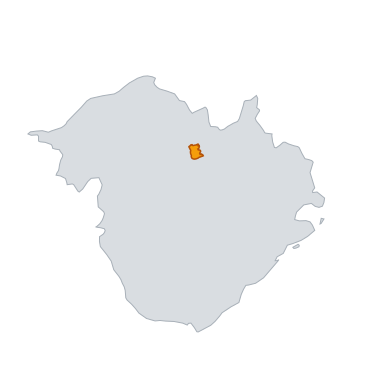 Krouch Chhmar, Kâmpóng Cham, Cambodia (highlighted), rotated 244°
{"feature_id": "14789045B551080395236", "entity_name": "Krouch Chhmar", "entity_type": "district", "adm_level": 2, "iso_a3": "KHM", "parent_name": "Cambodia", "parent_adm1": "Kâmpóng Cham", "projection": "natural_earth1", "projection_center": [105.671, 12.195], "detail": "fine", "context": "in_parent", "style": "filled", "palette": "amber", "viewbox_px": 384, "rotation_deg": 244, "n_neighbors": 0, "source": "geoboundaries", "source_scale": "gbopen_adm2", "svg_char_len": 5222}
<svg xmlns="http://www.w3.org/2000/svg" viewBox="0 0 384 384"><g transform="rotate(244 192 192)"><path d="M316.1,70.0L316.9,73.1L314.9,79.0L312.7,84.4L308.7,89.1L308.5,92.6L307.1,102.9L307.6,106.2L308.6,109.0L309.9,110.5L313.5,120.6L316.7,129.7L319.9,137.3L320.5,142.0L317.6,154.1L314.2,165.2L314.5,170.7L316.0,176.3L317.5,183.6L318.1,193.1L317.3,199.2L315.8,203.0L312.8,207.0L310.3,209.0L307.2,205.6L304.7,205.5L301.5,206.5L298.9,208.0L293.6,213.8L287.8,219.4L279.7,220.8L276.5,224.9L273.2,225.5L266.8,225.7L262.6,226.7L262.8,228.8L262.5,238.6L262.6,240.9L261.9,241.5L259.0,241.8L254.1,240.3L247.5,237.9L242.7,237.5L240.3,241.8L238.9,243.5L237.1,243.7L235.2,244.5L234.6,246.4L234.4,248.8L235.3,252.9L235.7,259.4L235.4,263.9L237.2,266.7L247.3,276.1L250.3,278.5L250.7,279.9L248.9,285.0L250.5,292.2L247.3,292.1L242.0,289.0L239.5,287.1L236.4,288.6L235.3,288.3L233.2,284.8L230.5,281.1L227.7,280.9L221.8,282.3L215.8,283.3L213.5,283.3L212.6,284.0L209.1,289.4L207.6,288.4L201.5,286.4L195.9,285.6L194.8,287.0L195.5,291.4L196.7,295.7L196.0,297.5L192.9,299.8L188.9,303.9L186.4,307.0L184.7,307.8L178.6,307.7L172.4,308.1L170.0,311.1L167.7,313.4L165.7,314.0L157.7,306.6L141.9,304.1L140.1,300.8L138.6,300.2L137.2,304.4L128.4,308.5L124.8,306.0L122.1,303.0L122.5,299.4L125.1,296.4L129.4,294.3L131.4,286.8L128.1,277.2L125.2,274.5L122.2,272.2L119.0,275.8L116.3,281.9L113.4,285.0L109.5,285.7L103.7,285.5L101.4,276.4L100.7,268.6L101.5,259.7L102.4,254.4L96.8,247.1L96.5,240.2L93.8,236.6L93.0,238.4L93.1,240.4L92.3,239.0L83.5,218.7L82.1,209.2L83.6,202.0L84.5,199.5L82.0,195.7L78.4,191.4L72.1,185.7L71.7,176.7L70.3,166.1L68.4,162.5L65.6,156.0L64.0,150.5L63.5,136.2L64.3,135.1L68.8,134.7L74.6,133.6L75.5,131.3L74.5,129.4L78.2,126.2L83.5,119.1L87.6,111.6L90.5,107.0L92.3,102.3L98.2,95.7L106.4,91.2L112.0,90.1L117.7,88.5L123.3,86.3L125.9,86.1L132.8,88.8L136.5,89.5L140.4,89.4L144.4,89.7L147.9,89.4L156.4,87.6L165.3,89.1L173.3,87.9L183.1,85.7L188.0,87.1L192.4,89.3L193.0,93.6L194.0,95.6L195.5,97.1L197.4,97.1L200.0,94.1L202.1,91.0L202.7,90.4L202.9,91.9L203.9,95.3L205.8,98.7L207.7,100.9L210.8,103.8L212.9,104.0L219.7,101.2L229.8,105.2L230.9,107.3L234.2,111.4L237.8,114.4L245.7,114.6L248.5,107.3L247.1,102.9L242.6,95.1L241.4,90.6L242.8,89.8L250.4,88.9L251.7,88.0L253.3,83.0L255.4,83.6L259.6,84.2L264.1,80.8L266.7,77.2L268.2,78.8L269.8,81.4L271.5,82.8L274.7,85.0L278.2,88.0L280.4,91.0L282.2,92.2L286.7,91.3L288.0,91.5L290.6,87.8L292.4,85.9L294.0,86.4L296.3,86.4L301.0,81.8L303.7,77.5L305.1,76.4L309.4,78.5L311.1,78.1L313.5,72.3L316.1,70.0ZM98.5,264.4L97.6,264.9L96.8,264.9L95.9,264.1L96.0,260.8L96.6,258.8L98.1,258.4L98.5,264.4ZM111.7,296.6L109.9,298.8L107.1,294.2L107.1,293.0L111.7,296.6Z" fill="#d9dde1" stroke="#a8b0b8" stroke-width="1"/><path d="M219.6,218.0L219.8,218.0L220.0,218.0L220.3,218.0L220.4,217.9L220.5,217.9L220.8,217.9L220.9,217.7L221.0,217.6L221.3,217.5L221.5,217.5L221.6,217.4L221.6,217.1L221.7,216.8L221.7,216.7L221.8,216.6L222.0,216.7L222.2,216.8L222.3,216.8L222.3,216.7L222.4,216.4L222.5,216.2L222.8,215.9L222.9,216.0L223.0,216.0L222.9,215.9L223.0,215.9L223.3,215.8L223.5,215.9L223.5,216.0L223.8,216.3L224.0,216.5L224.2,216.8L224.2,217.0L224.5,217.4L224.8,217.6L225.1,217.7L225.3,217.7L225.5,217.7L225.8,217.7L226.0,217.5L226.3,217.3L226.5,217.0L226.8,216.7L227.1,216.1L227.7,216.1L228.1,216.1L228.1,217.1L228.4,217.4L228.6,217.6L228.9,217.8L229.1,218.0L229.3,218.4L229.5,218.5L229.9,218.6L230.1,218.6L230.3,218.7L230.3,218.4L230.5,218.2L230.6,217.9L230.7,217.7L230.8,217.7L230.9,217.8L231.0,217.9L231.1,218.0L231.4,218.4L231.5,218.5L231.8,218.6L232.1,218.6L232.3,218.5L232.3,218.4L232.4,218.2L232.4,217.9L232.5,217.9L232.5,217.7L232.4,217.6L232.4,217.4L232.5,217.3L232.5,217.2L232.4,217.1L232.5,216.9L232.4,216.8L232.4,216.7L232.4,216.4L232.4,216.2L232.5,216.0L232.6,215.9L232.7,215.7L232.8,215.2L232.9,214.8L233.0,214.7L233.1,214.3L233.1,214.0L233.3,213.2L233.5,213.1L233.8,212.9L234.0,212.9L234.3,212.9L234.3,212.7L234.4,212.4L234.5,212.3L234.6,212.2L234.8,212.1L234.8,211.9L234.7,211.9L234.8,211.8L234.8,211.7L234.7,211.7L234.6,211.4L234.5,211.2L234.5,210.9L234.5,210.7L234.4,210.6L234.4,210.4L234.2,210.2L234.2,209.9L234.2,209.7L234.2,209.4L234.2,209.2L233.9,209.1L233.7,209.0L233.4,209.0L233.2,209.0L232.9,209.0L232.7,209.0L232.4,209.1L232.2,209.1L231.9,209.1L231.6,209.0L231.4,209.0L231.1,209.1L230.9,209.1L230.6,209.1L230.4,209.1L230.2,209.1L229.8,209.0L229.7,208.9L229.3,208.7L229.0,208.4L228.9,208.2L228.1,207.9L227.8,207.8L227.1,207.6L226.9,207.5L225.4,207.5L225.0,207.4L224.8,207.2L224.7,207.1L224.0,206.8L223.5,206.7L222.4,206.8L222.2,206.8L222.0,207.0L221.9,207.1L221.7,207.2L221.6,207.3L221.3,207.5L221.1,207.7L221.0,207.9L220.9,208.0L220.6,208.4L220.6,208.5L220.4,208.8L220.4,209.0L220.2,209.3L220.2,209.6L220.1,209.8L220.1,210.0L220.0,210.3L220.0,210.5L219.9,210.7L219.9,210.8L219.9,211.0L219.9,211.3L219.9,211.5L219.8,211.8L219.8,212.0L219.8,212.3L219.9,212.5L219.9,212.8L220.0,212.9L220.0,213.0L220.0,213.3L220.0,213.5L220.0,213.8L220.0,214.0L220.0,214.3L219.9,214.4L219.9,214.5L219.9,214.8L219.8,215.0L219.8,215.3L219.8,215.5L219.8,215.8L219.8,216.0L219.7,216.3L219.7,216.5L219.7,216.8L219.6,217.0L219.6,217.3L219.6,217.5L219.6,217.8L219.6,218.0Z" fill="#f59e0b" stroke="#b45309" stroke-width="1.5"/></g></svg>